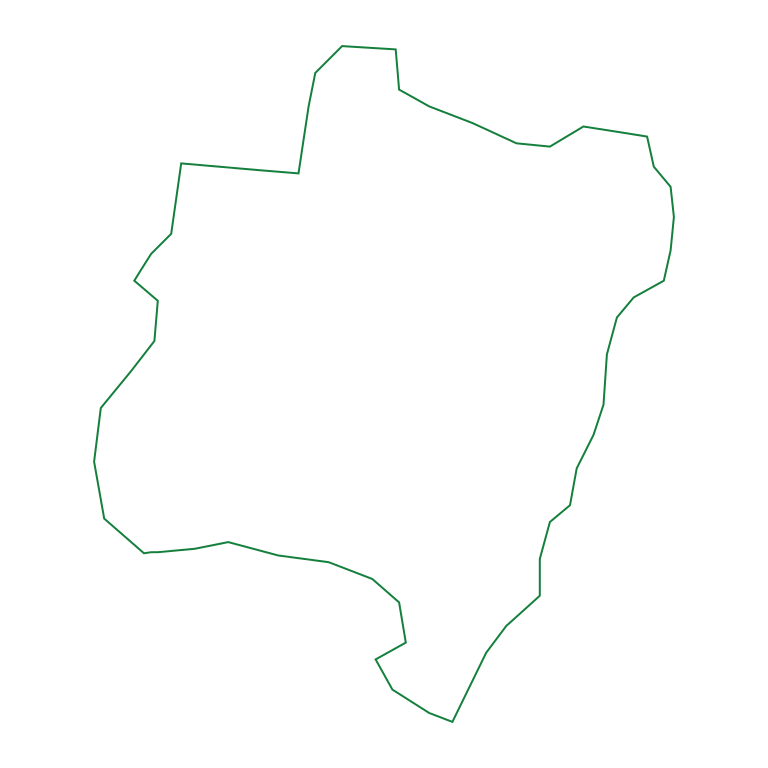 Gwangsan-gu, South Jeolla, South Korea (Mercator projection)
{"feature_id": "91817680B16538338684661", "entity_name": "Gwangsan-gu", "entity_type": "district", "adm_level": 2, "iso_a3": "KOR", "parent_name": "South Korea", "parent_adm1": "South Jeolla", "projection": "mercator", "projection_center": [126.761, 35.15], "detail": "fine", "context": "isolated", "style": "outline", "palette": "green", "viewbox_px": 768, "rotation_deg": 0, "n_neighbors": 0, "source": "geoboundaries", "source_scale": "gbopen_adm2", "svg_char_len": 818}
<svg xmlns="http://www.w3.org/2000/svg" viewBox="0 0 768 768"><path d="M452.4,721.9L486.2,652.7L506.3,625.9L530.1,604.5L539.8,595.7L539.8,558.9L549.9,522.0L570.0,505.2L576.7,468.4L593.5,434.9L603.5,404.7L606.9,354.4L616.9,317.5L633.7,297.4L663.8,280.7L670.6,250.5L673.9,217.0L670.6,186.8L653.8,166.7L647.1,136.6L637.3,135.0L583.4,126.5L549.9,146.6L516.4,143.3L472.8,123.2L429.2,106.4L399.1,89.6L395.7,49.4L342.1,46.1L315.3,72.9L308.6,106.4L298.5,173.4L258.3,170.1L181.2,163.4L171.2,233.8L151.1,253.9L140.3,271.0L134.3,280.7L157.8,300.8L154.4,341.0L131.0,371.2L100.8,408.0L94.1,461.7L104.2,518.6L144.0,553.3L151.1,552.2L157.8,552.2L194.6,548.8L228.2,542.1L278.4,555.5L328.7,562.2L372.3,579.0L399.1,602.4L405.8,642.6L375.6,659.4L392.4,689.6L429.2,713.0L452.4,721.9Z" fill="none" stroke="#15803d" stroke-width="2"/></svg>